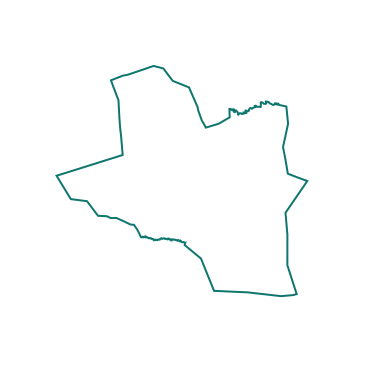 the district of O'ndor-Ulaan, Arhangay, Mongolia, rotated 68°
{"feature_id": "93677404B74246674893710", "entity_name": "O'ndor-Ulaan", "entity_type": "district", "adm_level": 2, "iso_a3": "MNG", "parent_name": "Mongolia", "parent_adm1": "Arhangay", "projection": "orthographic", "projection_center": [100.716, 48.014], "detail": "fine", "context": "isolated", "style": "outline", "palette": "teal", "viewbox_px": 384, "rotation_deg": 68, "n_neighbors": 0, "source": "geoboundaries", "source_scale": "gbopen_adm2", "svg_char_len": 5182}
<svg xmlns="http://www.w3.org/2000/svg" viewBox="0 0 384 384"><g transform="rotate(68 192 192)"><path d="M153.2,307.0L161.2,292.8L175.0,289.1L178.9,288.0L182.5,280.1L185.8,277.0L187.7,271.9L192.9,266.9L199.1,261.2L200.7,258.1L206.6,256.8L214.8,256.2L215.0,256.0L215.0,255.9L214.9,255.5L215.0,255.2L214.9,254.9L214.9,254.7L215.0,254.5L215.5,254.5L215.7,254.4L215.8,254.3L215.8,254.0L215.6,253.6L215.6,253.4L215.6,253.2L215.8,253.0L215.9,252.7L216.0,252.6L216.2,252.4L215.8,252.2L215.7,252.2L215.6,251.9L215.7,251.7L215.8,251.7L216.1,251.7L216.3,251.6L216.6,251.6L216.8,251.5L216.8,251.4L216.7,251.3L216.8,251.1L216.9,250.9L217.0,250.7L217.3,250.4L217.6,250.4L217.7,250.2L217.8,250.0L218.0,250.0L218.1,249.9L218.3,249.6L218.5,249.5L218.7,249.3L218.7,249.0L218.7,248.8L219.0,248.6L219.0,248.3L219.1,248.0L219.3,247.8L219.5,247.7L219.8,247.5L219.8,247.1L220.0,247.0L220.5,246.8L220.6,246.3L220.7,246.0L221.0,245.8L221.3,245.6L221.6,245.4L221.8,245.5L222.0,245.6L222.3,245.5L222.4,245.3L222.5,244.9L222.7,244.7L222.8,244.5L222.8,244.2L222.7,244.0L222.6,243.9L222.5,243.7L222.6,243.4L222.8,243.4L223.0,243.3L223.0,243.1L223.4,242.4L223.6,242.2L223.4,241.5L223.4,241.2L223.8,240.7L223.9,240.2L224.0,240.0L224.1,239.7L223.7,239.3L223.5,239.0L223.4,238.9L223.4,238.6L223.6,238.3L223.7,238.0L223.5,237.8L223.5,237.7L224.0,237.6L224.2,237.3L224.3,237.1L224.3,236.8L224.3,236.5L224.4,236.3L224.4,236.0L224.4,235.7L224.5,235.4L224.6,235.0L224.9,234.9L225.1,234.8L225.3,234.7L225.4,234.4L225.4,234.1L225.6,233.8L226.0,233.3L226.1,233.2L226.0,232.8L226.1,232.4L226.4,232.2L226.3,231.9L226.3,231.7L226.5,231.7L226.8,231.8L226.8,231.6L227.0,231.2L226.9,231.1L226.8,230.8L227.1,230.5L227.2,230.3L227.3,230.2L227.6,230.1L227.8,229.9L228.0,229.9L228.3,229.9L228.2,229.7L228.3,229.5L228.7,229.2L228.3,229.1L228.2,229.0L228.2,228.9L228.3,228.7L228.8,228.7L228.6,228.1L228.6,227.8L228.6,227.6L228.7,227.4L228.9,227.4L229.1,227.4L229.3,227.1L229.4,226.9L229.4,226.7L229.6,226.1L229.7,225.8L230.0,225.6L230.1,225.3L230.7,224.9L231.0,224.5L231.0,224.3L230.9,224.0L231.0,223.8L231.1,223.6L231.6,223.8L231.8,223.6L231.8,223.2L231.9,222.8L231.9,222.7L231.8,222.4L232.0,222.3L232.3,222.2L232.5,221.9L232.8,221.6L233.1,221.7L233.3,221.5L233.2,221.3L233.2,221.2L233.4,221.0L233.4,220.9L233.2,220.8L233.1,220.7L233.3,220.6L233.5,220.6L233.8,220.5L234.1,220.5L234.2,220.4L234.3,220.4L234.5,220.2L234.9,219.9L235.0,219.7L235.3,219.2L235.2,218.9L235.2,218.6L235.3,218.3L235.5,218.2L236.0,217.9L236.4,217.6L236.5,217.5L236.8,217.5L236.8,217.4L238.4,218.7L257.1,208.6L291.9,208.6L305.9,178.0L321.9,148.5L325.4,137.1L325.9,133.2L295.6,131.0L267.2,119.5L246.3,113.1L234.9,95.9L225.0,81.0L217.4,89.4L210.9,96.3L197.5,93.3L184.5,90.8L164.8,77.4L148.1,72.5L142.8,80.2L142.3,79.3L141.7,80.3L141.4,80.8L141.1,81.3L141.0,81.8L141.5,81.7L141.8,82.8L141.8,83.3L141.8,83.8L141.6,84.2L141.3,84.6L141.0,84.9L140.5,85.2L140.1,85.5L139.5,86.1L139.3,86.2L138.7,86.8L138.3,87.0L137.8,87.1L137.6,87.2L137.4,87.2L137.1,87.5L136.8,87.9L136.3,88.8L135.9,89.2L135.8,89.7L135.9,89.8L136.5,89.7L137.0,89.6L137.3,89.7L137.6,89.9L137.7,90.2L137.8,90.6L137.8,91.0L137.6,91.3L137.3,91.8L137.0,92.4L136.2,92.8L135.7,93.0L135.1,93.4L134.8,93.8L134.6,94.1L134.8,94.7L135.1,94.9L135.5,95.1L136.1,95.2L136.4,95.3L136.7,95.4L136.8,95.5L137.3,95.7L137.7,95.8L138.0,96.0L138.7,96.3L138.9,96.6L138.6,97.2L138.3,97.6L138.0,98.0L137.8,98.4L137.6,99.2L137.5,99.6L137.3,99.9L136.9,100.0L136.4,100.2L136.0,100.5L135.8,100.8L135.7,101.2L135.7,101.4L135.8,101.4L136.0,101.5L136.3,101.4L136.7,101.3L136.9,101.4L137.0,101.6L137.0,101.8L136.9,102.2L136.9,102.5L136.8,103.0L136.8,103.3L136.9,103.7L137.0,104.2L137.2,104.6L137.2,104.8L137.2,105.1L137.1,105.4L136.8,105.6L136.3,105.9L136.1,106.1L136.0,106.4L136.0,106.7L136.1,106.9L136.6,107.7L136.8,108.2L137.0,108.3L137.6,108.7L137.9,108.9L138.1,109.1L138.2,109.4L138.1,109.7L137.9,110.2L137.7,110.6L137.4,110.8L136.9,111.1L136.7,111.3L136.5,111.7L136.8,112.0L137.2,112.1L137.6,112.2L137.8,112.0L138.2,111.9L138.5,111.8L139.1,112.0L139.0,112.6L138.9,112.9L138.7,113.2L138.5,113.5L138.0,113.7L137.7,113.9L137.6,114.5L138.0,114.6L138.3,114.7L138.7,114.8L138.7,115.0L138.6,115.3L138.5,115.5L138.4,116.2L138.3,116.5L138.2,116.7L138.0,116.8L137.6,116.9L137.4,117.2L137.1,117.6L137.0,118.0L136.9,118.4L136.7,118.8L136.9,119.1L137.5,119.6L137.7,119.9L137.6,120.1L137.4,120.3L137.2,120.3L136.6,119.9L136.2,119.8L135.7,119.8L135.2,119.8L134.7,120.0L134.1,120.2L133.1,120.4L132.9,120.6L132.7,120.8L132.7,121.0L132.8,121.3L133.0,121.5L133.4,121.8L133.9,122.1L133.9,122.3L133.9,122.5L133.6,122.9L133.0,123.2L132.7,123.2L132.3,123.2L132.2,123.1L132.1,122.9L131.7,122.9L131.4,122.8L131.3,122.7L131.2,122.3L131.1,122.2L130.9,122.3L130.8,122.5L130.7,122.8L130.7,123.1L130.8,123.3L130.8,123.7L130.9,123.9L131.0,124.2L130.9,124.5L130.6,124.7L130.2,124.7L129.8,124.8L129.6,125.0L129.4,125.3L129.0,126.2L136.9,129.1L138.7,141.6L137.5,155.0L129.2,156.1L119.1,155.7L115.3,155.0L93.9,155.6L81.8,168.2L66.7,172.3L60.8,180.3L60.6,182.6L60.1,192.4L59.9,195.8L59.2,207.7L58.2,212.7L58.1,225.3L63.7,225.5L79.4,225.8L96.5,231.7L105.9,234.7L113.2,236.7L131.7,242.4L126.2,311.5L153.2,307.0Z" fill="none" stroke="#0f766e" stroke-width="2"/></g></svg>